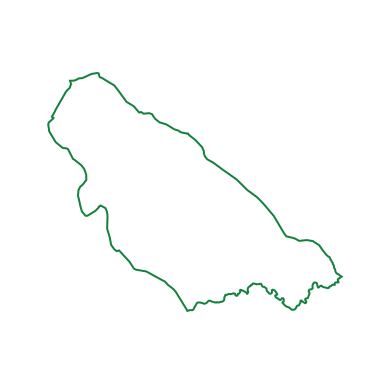 outline of Kusmah, Raymah, Yemen, rotated 344°
{"feature_id": "15242507B80532474119851", "entity_name": "Kusmah", "entity_type": "district", "adm_level": 2, "iso_a3": "YEM", "parent_name": "Yemen", "parent_adm1": "Raymah", "projection": "robinson", "projection_center": [43.699, 14.546], "detail": "fine", "context": "isolated", "style": "outline", "palette": "green", "viewbox_px": 384, "rotation_deg": 344, "n_neighbors": 0, "source": "geoboundaries", "source_scale": "gbopen_adm2", "svg_char_len": 6049}
<svg xmlns="http://www.w3.org/2000/svg" viewBox="0 0 384 384"><g transform="rotate(344 192 192)"><path d="M312.5,314.6L312.1,314.2L311.0,312.9L310.3,311.6L309.2,310.8L308.4,309.6L308.0,308.1L308.1,306.9L308.2,305.5L307.9,304.7L307.7,303.9L308.0,302.5L308.0,301.8L307.6,300.1L307.7,298.8L307.0,297.0L306.9,295.7L306.5,295.1L306.5,293.8L306.3,292.6L305.4,291.8L304.0,289.7L302.9,287.2L301.4,283.5L299.6,278.3L294.5,272.4L289.2,269.9L281.6,268.5L278.0,265.0L274.9,263.1L270.4,260.6L269.0,256.7L267.2,249.7L264.1,237.8L257.7,223.5L254.7,217.8L253.2,215.1L245.6,205.2L238.4,192.3L227.7,179.0L220.5,169.6L215.6,164.7L214.2,161.2L214.1,158.2L214.6,156.0L214.1,151.7L212.0,147.7L209.5,142.8L205.1,136.8L204.3,134.9L204.2,135.0L197.4,131.3L196.2,129.5L192.3,126.9L185.9,119.9L179.9,116.0L176.7,111.4L175.7,108.6L175.1,106.2L172.5,104.4L167.1,103.4L165.1,101.1L163.1,101.1L159.7,93.6L158.2,91.9L153.9,87.3L149.3,74.7L146.6,68.0L146.2,67.6L142.2,63.4L137.1,57.8L134.9,56.0L134.9,52.2L133.6,51.5L127.9,50.8L118.1,52.3L114.1,51.6L112.8,52.1L111.4,52.3L109.0,52.4L105.4,51.4L105.5,54.8L103.3,58.1L100.1,59.8L97.6,61.6L96.9,62.4L83.6,75.3L82.2,77.0L78.0,81.1L79.3,82.6L79.0,82.9L78.3,83.4L73.5,85.6L72.4,87.5L71.5,94.5L74.7,106.5L79.8,113.9L83.8,115.7L84.7,116.9L86.7,127.3L88.4,129.3L93.0,135.8L94.7,140.1L95.0,143.0L95.0,146.7L94.6,148.1L93.7,151.3L89.4,154.5L85.9,156.2L83.3,159.1L81.4,164.2L81.2,169.0L80.8,174.6L80.8,180.2L83.0,185.4L84.2,185.8L85.0,186.0L93.9,183.5L98.2,181.1L98.3,180.5L100.5,179.8L104.3,183.6L104.8,187.5L104.2,191.6L100.3,204.0L100.4,213.2L99.7,220.5L101.5,225.7L103.3,228.1L105.8,228.1L112.7,241.9L115.0,249.5L116.7,251.2L126.2,255.8L138.1,267.6L141.3,270.6L143.3,274.7L147.3,280.1L148.9,283.6L154.5,303.6L154.6,304.3L154.7,305.0L155.3,304.9L155.7,305.0L157.1,305.0L157.8,305.0L158.4,305.2L159.2,305.6L160.0,305.6L160.8,305.5L161.4,305.0L161.8,304.6L162.2,304.0L162.6,303.4L163.2,302.9L164.0,302.2L164.6,301.7L165.2,301.0L165.8,300.4L166.4,300.0L166.9,300.0L168.1,300.0L168.8,300.2L169.5,300.6L170.3,301.0L171.1,301.5L172.0,302.1L172.4,302.4L172.9,302.8L173.6,302.9L174.8,302.8L175.4,302.6L176.3,302.2L177.2,301.6L177.8,301.2L178.6,301.2L179.0,301.3L179.9,302.0L180.5,302.4L181.0,302.9L183.1,304.2L184.8,305.0L185.5,304.8L187.3,305.6L187.9,305.6L188.6,305.5L189.1,305.5L190.0,305.7L190.7,305.7L191.5,305.6L192.3,305.3L193.0,304.8L193.6,303.5L193.8,302.9L194.2,302.0L194.6,301.6L195.2,301.0L195.5,300.4L195.9,300.1L196.3,300.2L196.9,300.5L197.7,300.4L198.5,300.2L199.1,300.2L199.6,300.2L200.2,300.5L200.8,300.8L201.4,300.9L202.4,300.9L203.2,300.8L203.9,300.8L204.4,301.2L205.2,301.6L205.4,302.1L205.4,302.3L205.3,302.6L205.3,303.0L205.5,303.3L205.7,303.7L206.2,304.0L206.5,304.1L206.9,304.1L207.1,304.0L207.4,303.8L207.7,303.3L207.9,302.9L208.1,302.6L208.4,302.5L209.1,302.6L209.4,302.6L209.7,302.5L210.0,302.1L210.8,301.0L211.1,300.8L211.3,300.6L211.3,300.3L211.1,299.6L211.6,299.4L212.1,299.6L213.3,300.5L214.3,301.5L214.9,302.1L215.9,302.9L216.3,303.5L216.6,304.2L216.9,305.0L217.5,304.8L218.5,303.6L218.5,303.2L218.4,302.6L218.4,301.8L218.6,301.3L218.8,300.9L219.0,300.2L219.5,299.6L220.1,299.2L221.0,298.7L221.5,298.6L222.1,298.6L222.3,298.2L222.5,298.1L222.7,297.8L223.8,297.8L224.6,297.3L225.0,297.0L225.1,296.8L225.5,296.8L225.9,297.0L226.3,297.2L226.8,297.3L227.3,297.6L228.2,298.3L229.0,298.6L229.5,298.6L230.3,298.9L231.5,299.0L232.6,299.1L232.9,299.2L233.1,299.6L233.3,300.3L233.3,301.1L233.6,302.1L234.0,302.5L234.8,303.0L235.2,303.1L235.6,303.5L236.1,304.2L236.6,304.8L236.9,305.3L236.8,306.1L236.7,306.9L236.7,307.5L236.9,308.2L237.1,308.7L237.5,309.1L237.8,309.4L237.8,309.9L238.0,310.4L238.3,310.9L238.7,311.2L239.1,311.4L239.5,311.4L240.2,311.3L240.8,311.0L241.2,310.5L241.4,309.7L241.6,309.0L241.9,308.3L242.3,308.2L242.7,308.2L243.0,308.4L243.7,308.6L244.1,309.5L244.5,309.9L245.1,311.4L245.8,313.4L245.7,313.8L245.2,314.2L244.8,314.2L244.0,314.3L243.6,314.4L243.3,314.7L243.3,315.1L243.4,315.6L243.5,316.1L243.8,316.6L244.1,317.1L244.5,317.5L245.2,318.0L245.5,318.6L246.4,319.7L246.8,320.1L247.3,320.1L248.0,319.9L248.4,319.5L249.0,319.0L249.4,319.0L249.7,319.1L250.1,319.3L250.5,319.7L250.6,320.2L250.6,320.5L250.1,322.1L250.0,322.5L249.4,322.5L248.5,323.1L248.4,323.5L248.7,324.1L249.0,324.6L249.5,325.5L249.8,326.1L250.1,326.8L251.5,328.4L251.9,328.6L251.6,328.5L252.1,328.8L252.6,329.2L253.4,329.7L253.9,330.3L254.1,330.6L254.3,331.0L254.4,331.3L254.7,331.7L255.0,332.1L255.4,332.5L256.0,332.7L256.4,333.1L257.1,333.2L258.1,333.2L259.0,332.9L259.7,332.4L260.4,331.7L260.8,331.2L261.3,330.5L261.7,330.3L262.1,330.3L262.9,330.4L263.3,330.4L263.8,330.3L264.2,329.8L264.7,329.1L265.1,328.8L265.8,328.2L266.0,327.8L266.1,326.8L266.5,326.4L266.8,326.3L267.1,326.4L267.4,326.7L267.8,327.2L268.0,327.7L268.4,328.2L268.7,328.6L269.5,329.3L269.7,329.5L269.9,329.8L270.1,330.1L270.6,330.1L271.3,329.5L271.6,329.1L271.7,328.7L271.6,328.1L271.2,327.3L271.1,326.6L271.2,326.3L271.7,325.9L272.4,325.8L272.7,325.8L273.2,325.8L273.7,325.9L274.0,325.9L274.6,325.3L275.3,324.2L275.6,323.8L276.1,323.2L276.5,322.9L276.7,322.2L277.0,321.7L277.1,321.0L276.9,320.3L276.8,320.1L276.8,319.6L277.0,319.1L277.3,318.7L277.7,318.3L278.2,318.2L278.6,318.2L279.0,318.3L279.4,318.3L279.7,318.4L280.1,318.4L280.8,318.2L281.4,317.9L281.6,317.5L281.6,317.0L281.7,316.7L281.7,316.3L281.9,315.7L282.2,314.9L282.3,314.6L282.8,314.0L283.8,313.3L283.9,313.0L284.3,312.7L285.1,312.8L286.3,313.4L286.7,313.7L286.8,313.9L286.9,315.3L286.8,315.9L286.7,316.5L286.7,317.2L286.8,317.8L286.8,318.3L287.0,318.7L287.4,318.7L288.1,318.4L288.7,318.0L289.7,317.6L290.2,317.6L290.4,317.9L290.8,318.0L291.2,318.8L292.1,319.6L293.4,320.4L294.4,320.9L295.0,321.3L295.8,321.8L296.3,321.9L297.2,321.8L297.5,321.2L298.2,320.8L299.0,320.8L299.4,320.9L300.2,320.4L301.0,319.9L302.0,319.9L302.7,320.3L303.5,320.6L303.8,320.0L304.0,319.3L304.7,318.6L305.3,318.6L306.3,318.7L307.1,319.2L307.5,319.2L307.8,319.2L308.1,318.3L307.9,317.8L307.9,316.8L308.2,316.1L308.6,315.7L309.6,315.7L311.3,315.0L312.2,314.7L312.5,314.6Z" fill="none" stroke="#15803d" stroke-width="2"/></g></svg>